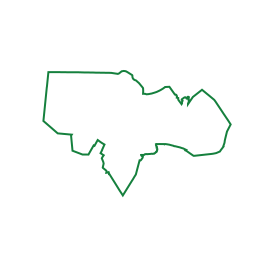 outline of Wierden, Overijssel, Netherlands, rotated 293°
{"feature_id": "6326949B51321432196028", "entity_name": "Wierden", "entity_type": "district", "adm_level": 2, "iso_a3": "NLD", "parent_name": "Netherlands", "parent_adm1": "Overijssel", "projection": "albers", "projection_center": [6.562, 52.343], "detail": "fine", "context": "isolated", "style": "outline", "palette": "green", "viewbox_px": 256, "rotation_deg": 293, "n_neighbors": 0, "source": "geoboundaries", "source_scale": "gbopen_adm2", "svg_char_len": 4686}
<svg xmlns="http://www.w3.org/2000/svg" viewBox="0 0 256 256"><g transform="rotate(293 128 128)"><path d="M166.2,76.3L165.3,73.9L164.9,73.0L164.6,72.2L162.3,66.7L160.0,60.8L157.4,54.7L150.9,38.9L148.3,32.9L134.1,37.3L133.9,37.3L101.4,47.4L95.6,65.4L99.9,78.8L98.7,78.6L85.4,85.8L85.8,96.4L87.8,101.2L88.1,102.0L90.1,102.2L98.6,103.2L98.5,104.1L105.1,104.8L104.7,106.5L104.1,109.3L103.8,111.1L103.6,112.8L97.8,112.7L97.7,112.8L95.5,112.7L94.1,112.6L93.5,115.6L93.4,116.3L91.5,115.9L89.9,115.7L89.8,115.8L87.1,118.5L85.7,119.5L81.7,120.2L81.6,120.3L81.5,120.5L80.3,124.5L80.0,125.0L79.8,125.1L79.7,125.2L79.4,125.3L78.3,125.5L78.7,126.2L79.0,126.5L79.4,126.9L79.8,127.4L79.3,127.9L79.0,128.0L78.3,128.4L78.5,128.6L71.8,138.2L67.2,144.7L65.0,148.0L63.9,149.6L80.6,152.2L82.9,152.6L85.3,152.9L87.7,153.3L88.3,153.4L94.4,152.5L102.8,151.3L102.9,151.6L102.8,152.0L103.0,152.2L103.6,152.5L104.5,152.7L105.1,152.8L105.7,153.0L106.3,153.0L106.9,153.0L107.5,152.9L107.7,152.7L107.6,152.3L107.6,151.8L107.6,151.7L107.8,151.1L108.1,150.7L108.3,150.6L108.4,150.8L108.6,151.3L108.8,151.6L108.9,152.1L109.0,152.4L109.1,152.7L109.2,152.8L109.3,152.9L109.3,153.0L109.5,153.3L110.0,153.5L110.4,153.9L110.6,154.0L110.7,154.3L110.8,154.4L110.8,154.5L111.1,155.0L111.2,155.3L111.3,155.4L111.3,155.5L111.7,156.4L111.7,156.5L111.8,156.6L112.0,157.0L112.5,158.0L113.2,159.3L113.5,159.7L113.7,160.3L113.8,160.7L114.2,161.3L114.3,161.4L114.3,161.5L114.5,161.7L114.5,161.8L114.5,162.0L114.8,162.2L115.4,162.5L115.5,162.7L116.0,162.9L117.0,163.1L117.1,163.3L116.8,163.3L116.9,163.5L117.5,163.7L117.8,163.5L118.2,163.5L118.3,163.6L118.6,163.6L119.0,163.5L119.2,163.3L119.3,163.3L119.4,163.2L119.6,163.2L119.9,163.3L121.2,162.4L121.2,162.2L122.1,161.4L122.1,161.5L121.9,161.6L122.1,161.7L122.4,161.2L123.0,160.8L123.2,160.7L123.4,160.7L123.6,160.5L124.1,160.1L124.3,160.3L124.7,161.4L125.7,163.6L127.2,167.3L127.2,167.9L127.5,168.0L127.7,168.3L128.0,169.3L128.2,170.1L128.3,170.5L128.5,171.3L128.8,172.6L129.0,174.2L129.4,176.8L129.4,177.0L129.3,177.3L129.3,177.5L129.4,177.9L129.4,178.0L129.6,178.3L130.4,183.2L130.5,184.0L130.5,184.6L130.6,185.3L130.6,185.7L130.7,186.5L130.8,187.1L130.7,187.7L130.6,190.1L130.4,190.0L130.0,189.9L129.8,189.8L129.8,190.6L128.9,194.8L128.0,199.2L128.2,199.7L132.0,206.5L133.8,209.7L136.7,214.9L137.6,216.4L139.3,218.9L142.3,221.8L143.6,222.0L147.9,223.1L147.9,222.9L150.8,222.7L152.1,222.6L154.0,222.1L154.3,222.0L156.6,221.6L163.4,220.5L171.4,221.1L173.8,217.6L178.8,209.9L179.2,209.3L181.2,206.3L186.4,198.4L187.6,196.4L189.7,189.4L190.3,187.3L192.1,181.2L191.9,181.1L181.9,175.6L173.4,173.9L173.9,173.7L174.4,173.7L174.5,173.7L175.0,173.7L175.3,173.7L175.4,173.8L175.9,173.9L176.1,173.8L176.5,173.5L176.7,173.4L176.8,173.2L177.6,172.9L178.2,172.7L178.3,172.6L178.8,171.8L179.1,171.8L179.2,172.1L179.3,172.2L180.2,172.0L180.3,171.9L180.3,171.7L180.3,171.4L180.2,171.0L180.1,170.9L179.8,170.8L179.5,170.8L179.4,170.9L179.1,171.0L179.0,170.8L178.2,171.2L178.2,170.7L178.0,170.4L178.4,169.8L178.5,169.8L178.7,169.3L178.7,168.9L178.5,168.7L178.5,168.4L178.2,168.1L178.0,167.9L177.7,167.7L176.2,166.8L176.1,166.7L175.9,166.6L175.5,166.4L175.1,166.4L175.1,166.5L174.9,166.6L174.6,167.0L174.5,167.3L174.4,167.6L174.0,167.6L173.8,167.6L173.5,167.6L173.4,167.5L172.6,167.5L172.3,167.8L172.1,168.0L171.6,168.1L171.4,168.1L171.1,167.9L170.9,167.9L173.0,164.3L173.7,163.2L175.2,162.5L175.1,162.2L175.0,161.1L175.4,161.1L175.7,160.9L175.8,160.9L176.1,160.8L176.2,160.7L176.4,160.6L176.4,160.4L176.5,160.2L176.8,159.9L177.0,159.9L177.2,159.7L177.3,159.6L177.4,159.1L177.4,158.8L177.3,158.7L177.1,158.4L177.1,158.1L178.9,155.2L182.1,150.0L180.2,146.1L179.5,145.8L178.8,145.3L177.6,144.6L176.7,143.9L175.7,143.2L174.5,142.2L173.5,141.3L172.4,140.3L171.5,139.3L170.9,138.6L169.9,137.4L168.8,136.1L168.6,135.7L167.3,133.8L166.9,133.1L166.8,132.9L166.5,132.3L166.3,131.8L166.2,131.6L166.2,131.4L166.2,130.8L166.2,130.6L166.1,130.4L165.9,129.9L165.8,129.5L165.8,129.4L165.4,128.5L166.2,128.2L168.1,127.5L169.5,126.8L169.9,126.7L170.2,126.4L170.6,126.2L170.8,126.0L173.4,121.0L173.6,120.6L173.9,119.8L174.1,119.1L174.8,117.1L174.9,116.7L174.9,116.3L174.8,115.9L174.8,115.6L174.8,115.4L174.9,115.1L174.9,114.5L175.0,114.4L175.1,114.1L175.2,113.7L175.6,113.2L175.8,112.9L176.0,112.7L176.5,112.3L176.8,112.1L177.2,111.9L177.9,111.6L178.3,111.2L179.1,106.4L179.3,105.0L179.3,104.6L179.4,104.2L179.3,103.9L179.3,103.6L179.3,103.3L179.1,102.7L179.0,102.3L178.9,102.0L178.8,101.7L178.6,101.4L178.5,101.2L178.1,100.7L177.7,100.0L175.6,98.9L174.7,98.4L174.4,98.1L174.2,97.9L174.0,97.7L173.8,97.4L173.8,97.2L173.7,96.9L172.3,91.5L172.2,91.0L166.2,76.3Z" fill="none" stroke="#15803d" stroke-width="2"/></g></svg>